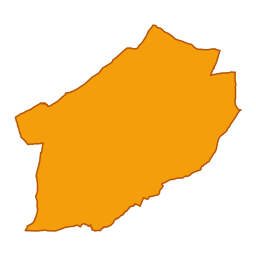 outline of Mbulu, Manyara, United Republic of Tanzania
{"feature_id": "72390352B2366371930573", "entity_name": "Mbulu", "entity_type": "district", "adm_level": 2, "iso_a3": "TZA", "parent_name": "United Republic of Tanzania", "parent_adm1": "Manyara", "projection": "robinson", "projection_center": [35.288, -3.94], "detail": "fine", "context": "isolated", "style": "filled", "palette": "amber", "viewbox_px": 256, "rotation_deg": 0, "n_neighbors": 0, "source": "geoboundaries", "source_scale": "gbopen_adm2", "svg_char_len": 5662}
<svg xmlns="http://www.w3.org/2000/svg" viewBox="0 0 256 256"><path d="M15.4,117.3L16.1,119.7L16.3,121.0L16.8,122.0L17.4,123.8L17.4,124.8L17.8,126.0L19.1,129.4L19.0,130.1L20.3,134.4L20.9,135.5L20.8,136.0L21.0,136.4L21.0,137.0L24.7,140.6L27.9,144.5L30.4,144.1L31.7,144.1L32.9,144.2L34.8,143.7L35.6,143.7L36.4,143.9L37.9,143.7L39.7,143.7L41.1,143.4L43.0,143.2L41.5,152.4L40.7,152.7L39.7,161.3L36.2,175.4L36.2,176.8L36.7,177.2L36.6,178.1L37.0,179.8L37.5,183.8L37.5,188.7L37.3,191.9L36.8,193.6L35.9,195.9L35.7,196.8L36.5,199.1L37.3,201.2L37.3,202.1L37.0,203.8L37.0,205.2L37.1,206.8L37.5,208.8L37.4,212.0L36.1,216.0L35.9,217.1L35.2,218.2L34.9,219.6L34.0,221.3L33.6,221.8L32.9,222.7L32.4,223.1L31.2,224.1L29.9,224.6L27.9,226.0L27.3,226.1L27.4,226.5L27.4,227.0L26.6,228.4L26.5,228.8L26.3,228.9L25.9,229.7L25.4,230.0L25.3,230.4L25.5,230.6L27.8,230.7L29.1,230.7L30.6,230.7L33.7,230.9L36.8,230.9L39.2,230.8L40.5,230.5L41.0,230.6L42.2,230.6L43.9,230.2L45.1,230.2L47.5,230.7L50.5,230.9L55.6,230.9L57.0,230.5L62.1,228.7L65.1,227.4L67.2,227.1L70.6,226.5L73.1,226.4L74.6,226.0L74.9,225.6L75.4,225.4L75.9,225.3L78.4,225.5L78.8,226.0L80.0,226.7L80.3,226.8L80.5,226.7L81.8,224.5L82.3,224.2L83.2,224.0L83.9,223.7L84.3,223.6L84.8,224.2L85.2,224.2L85.7,224.6L86.4,224.9L87.1,224.9L87.6,225.1L88.1,225.7L88.2,226.2L88.7,226.2L89.4,226.0L90.2,225.4L90.7,224.9L90.8,225.5L90.9,226.1L91.1,227.1L91.3,227.3L91.5,227.7L91.9,227.9L92.3,228.7L92.0,229.2L92.0,229.9L92.4,229.8L93.3,230.1L93.9,230.4L94.8,230.9L96.3,230.7L98.0,230.4L99.3,230.4L99.9,230.5L100.2,230.7L100.8,230.1L101.0,229.6L102.3,228.3L102.7,228.2L102.9,227.7L103.5,227.5L103.5,227.3L103.7,227.0L104.4,226.7L104.6,226.8L104.8,227.1L105.1,227.1L105.3,226.9L106.0,226.9L106.4,227.1L107.0,227.0L107.2,226.9L107.7,226.8L107.9,226.6L108.1,226.5L108.4,226.5L109.6,225.7L110.2,225.6L110.9,225.2L112.6,223.5L113.3,222.7L113.6,222.2L113.9,221.2L114.2,220.6L115.2,219.4L115.7,219.3L116.1,218.7L116.4,218.7L116.8,218.9L116.9,218.4L117.3,218.0L117.6,218.1L117.7,217.9L118.4,217.9L118.7,217.5L118.9,217.4L119.3,217.4L120.4,216.1L120.6,215.7L121.4,215.4L121.8,215.0L122.1,214.9L122.7,215.1L122.9,214.8L122.9,214.5L123.2,214.4L123.5,213.8L124.0,213.5L124.0,213.1L124.4,212.6L124.5,212.2L124.8,212.1L125.1,211.6L125.3,211.8L125.8,211.5L126.1,211.2L126.4,211.3L126.7,211.0L127.0,210.8L127.1,210.4L127.5,209.8L128.2,209.2L128.3,208.8L128.5,208.6L128.9,208.2L129.0,207.8L129.1,207.7L129.4,207.9L129.6,207.6L129.8,207.0L130.2,206.6L130.5,206.6L131.1,206.5L131.5,206.4L132.0,206.0L133.0,206.3L133.4,205.8L133.9,205.1L134.6,205.0L135.1,203.8L140.1,206.1L141.5,202.8L143.4,198.1L143.7,197.8L143.9,197.8L145.8,198.9L147.8,199.2L149.2,197.0L150.0,196.6L151.3,196.5L152.9,196.1L154.7,195.6L156.9,195.1L158.5,194.6L159.5,192.7L159.6,191.3L160.2,190.0L162.3,187.3L163.1,186.0L163.0,185.6L162.0,184.8L161.8,184.2L162.2,183.7L163.1,183.1L165.2,182.6L166.5,181.7L170.4,179.6L173.1,179.4L174.1,179.2L175.6,178.6L176.9,178.3L178.3,178.2L178.9,177.9L180.7,178.1L182.9,177.9L184.2,176.8L185.4,176.1L186.6,176.3L187.5,176.3L189.7,175.3L191.2,173.8L192.4,173.0L196.5,171.2L198.4,170.6L200.0,170.2L200.6,169.6L201.1,168.9L201.3,167.3L201.5,166.8L201.9,166.4L203.0,166.0L203.7,165.2L204.0,164.7L204.8,164.2L205.4,164.0L206.5,163.2L207.1,162.6L208.0,162.0L208.8,161.7L209.5,160.8L209.7,160.0L210.6,158.5L211.2,157.5L212.1,156.2L213.6,153.7L214.4,152.9L215.2,151.8L216.0,149.9L216.4,148.6L217.8,141.5L218.4,139.6L219.2,137.7L221.0,135.6L223.4,133.9L224.5,132.8L226.2,131.4L227.1,130.2L227.3,129.3L227.7,128.7L228.0,128.1L229.5,126.6L230.7,124.0L231.9,122.4L233.2,120.4L235.6,117.1L237.0,114.5L237.8,113.1L238.8,111.9L240.6,109.9L239.1,109.8L238.1,109.1L237.2,108.1L236.2,106.4L235.8,105.6L235.1,103.1L235.2,102.4L235.1,101.7L234.9,101.3L234.9,100.6L235.3,99.8L235.3,99.4L235.1,99.0L235.3,98.5L235.7,97.8L235.4,96.5L235.6,94.6L235.5,94.3L235.3,94.0L235.3,93.6L235.4,93.2L235.5,92.9L235.6,91.2L235.5,90.6L235.2,90.1L235.3,89.7L235.6,89.4L235.7,89.2L235.2,88.1L235.2,87.7L235.3,87.2L235.8,86.0L235.7,84.9L235.7,83.9L235.2,80.9L235.0,80.5L235.1,75.5L235.2,72.3L230.9,72.0L229.0,72.8L221.5,73.1L210.8,75.1L211.3,73.3L211.6,72.9L211.5,72.7L212.7,70.0L214.1,68.1L213.7,67.6L215.5,64.5L216.5,62.0L219.9,50.6L218.2,50.1L217.3,50.0L216.2,49.6L215.8,49.3L215.0,48.9L213.1,49.0L212.8,49.1L212.1,49.0L208.0,49.7L205.7,49.7L204.0,49.7L201.8,49.3L201.0,49.3L200.3,49.4L199.5,49.3L198.3,49.3L196.4,48.7L193.7,46.7L192.2,45.1L191.7,44.5L190.9,44.2L189.4,44.0L187.5,43.4L185.6,42.6L184.6,42.4L182.6,41.4L178.7,40.3L175.5,39.1L174.5,38.5L172.5,36.4L170.9,35.3L170.4,34.9L169.9,34.6L169.2,34.0L167.9,33.3L165.6,32.4L164.2,31.6L163.5,31.1L162.5,29.8L160.8,28.5L160.1,28.1L157.8,27.8L157.4,27.4L157.1,27.3L156.8,26.7L156.0,25.8L154.9,25.4L153.3,25.1L152.9,25.3L152.1,26.7L148.6,30.9L148.0,31.9L147.4,34.0L147.0,34.5L146.9,35.0L142.2,42.6L139.1,45.5L137.4,48.4L133.5,48.9L131.0,48.1L127.3,48.0L124.5,50.1L116.3,57.5L113.2,59.7L111.6,62.6L102.7,68.0L98.7,73.2L91.9,77.4L84.8,84.0L75.9,89.8L70.0,92.4L65.5,93.2L65.6,94.5L62.3,97.0L62.2,97.3L61.4,97.8L61.1,98.2L59.4,99.5L58.8,100.3L58.6,100.5L58.0,101.0L57.3,101.5L52.5,104.4L50.7,105.5L48.7,106.2L48.0,106.3L47.8,106.2L47.6,105.8L47.4,105.0L47.2,104.9L46.8,104.9L46.8,104.5L46.5,104.4L46.1,104.3L46.0,103.9L45.7,103.5L45.1,103.8L44.6,103.1L44.4,103.0L44.2,103.2L44.1,103.7L43.2,103.1L42.9,103.0L42.6,103.2L42.2,103.9L41.9,103.8L41.3,103.0L41.0,102.9L40.6,103.2L39.5,103.8L39.1,104.2L38.3,104.7L36.9,105.3L35.2,106.4L34.3,106.8L32.7,108.1L31.0,109.2L25.1,111.8L24.6,112.4L24.3,112.4L23.9,112.7L22.9,113.0L21.7,113.6L20.9,113.8L20.5,114.0L20.3,114.2L17.1,116.3L16.1,116.8L15.4,117.3Z" fill="#f59e0b" stroke="#b45309" stroke-width="1.5"/></svg>